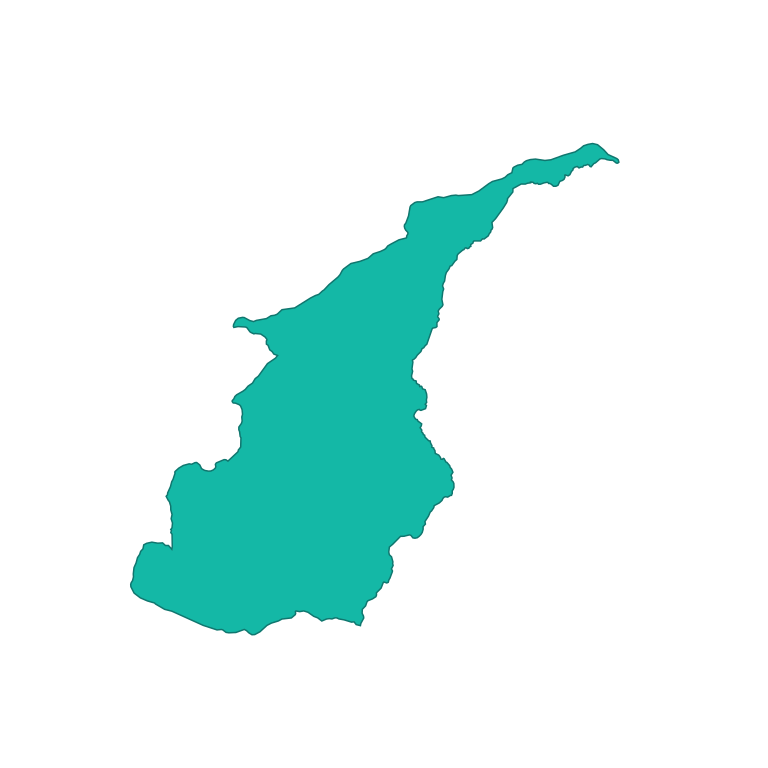 outline of La Salina, Casanare, Colombia, rotated 44°
{"feature_id": "7082276B42027668960316", "entity_name": "La Salina", "entity_type": "district", "adm_level": 2, "iso_a3": "COL", "parent_name": "Colombia", "parent_adm1": "Casanare", "projection": "natural_earth1", "projection_center": [-72.339, 6.211], "detail": "fine", "context": "isolated", "style": "filled", "palette": "teal", "viewbox_px": 768, "rotation_deg": 44, "n_neighbors": 0, "source": "geoboundaries", "source_scale": "gbopen_adm2", "svg_char_len": 6122}
<svg xmlns="http://www.w3.org/2000/svg" viewBox="0 0 768 768"><g transform="rotate(44 384 384)"><path d="M434.7,676.9L437.5,673.6L438.7,672.9L442.9,672.4L445.3,670.7L450.1,665.6L454.0,657.6L456.4,656.9L459.6,656.9L463.2,656.1L465.1,654.0L466.9,648.4L467.5,638.9L469.1,634.2L472.6,627.9L473.9,623.9L479.9,616.6L480.4,611.6L479.9,610.5L478.3,609.2L478.4,608.4L481.5,606.3L483.9,603.0L487.9,601.0L494.9,599.9L498.7,598.3L503.9,597.7L505.9,593.0L507.6,590.8L509.8,589.1L511.2,586.2L512.6,585.0L514.8,584.3L519.1,581.4L526.0,577.9L527.7,575.9L531.1,576.4L534.9,574.2L533.7,572.4L532.0,566.4L530.5,565.2L527.5,564.1L524.9,561.1L524.9,556.4L523.1,552.6L523.0,551.0L525.0,546.6L525.9,542.6L525.2,541.0L523.6,539.5L523.7,532.8L521.4,527.4L521.5,526.5L524.2,525.2L524.8,523.7L523.5,521.3L523.2,519.7L520.6,513.7L520.0,512.6L517.8,511.8L516.6,508.2L514.9,507.1L514.0,505.8L509.5,503.1L506.5,503.1L505.5,502.5L504.1,501.5L501.1,497.5L501.6,493.3L501.7,482.1L504.1,479.7L507.1,474.9L508.4,474.2L511.7,474.6L513.4,473.4L514.7,471.5L515.1,469.1L515.1,466.5L514.6,464.2L513.1,461.4L511.2,459.4L511.1,456.0L509.0,454.5L507.8,448.2L506.2,444.0L506.4,442.4L505.7,438.4L504.6,436.6L506.4,431.1L506.6,427.5L505.9,425.5L505.9,423.5L506.6,422.3L508.4,421.1L509.2,418.0L509.9,417.2L509.1,415.3L507.3,413.4L507.0,411.6L506.1,409.7L503.3,407.0L501.5,406.3L499.2,406.2L498.2,404.3L495.6,403.0L494.9,399.6L491.7,398.2L489.5,398.0L488.0,397.1L483.7,396.7L482.8,397.1L479.1,396.0L478.4,396.3L478.2,397.7L477.2,398.5L475.5,397.6L472.8,397.1L469.1,398.3L466.7,396.4L465.4,396.3L464.2,395.5L462.4,396.3L461.4,395.1L458.3,394.0L456.8,392.9L455.5,393.8L450.3,393.7L448.8,392.6L447.4,393.0L446.1,392.3L444.2,392.3L443.2,390.9L440.4,390.4L439.9,388.2L438.8,386.5L434.1,387.1L432.6,386.5L431.7,387.2L430.3,387.2L427.7,386.4L426.6,384.3L426.0,381.1L426.1,379.3L427.1,377.7L428.1,377.8L428.9,377.3L431.0,372.9L429.5,370.0L427.7,369.9L427.5,367.6L425.6,366.1L424.1,363.8L421.6,361.6L417.6,359.5L415.1,360.7L412.9,359.6L412.2,359.8L411.5,361.0L410.1,360.1L407.0,361.0L405.0,359.5L402.5,360.8L401.6,360.3L400.3,360.6L398.2,359.1L395.7,354.9L393.7,353.8L389.5,348.1L388.2,347.5L387.8,346.8L388.3,345.7L388.5,343.0L387.9,340.3L388.0,335.0L386.8,332.1L387.4,330.4L387.0,327.8L387.2,325.7L380.3,310.9L380.3,309.8L382.0,307.4L382.2,305.9L379.4,303.1L379.1,299.5L378.3,298.8L376.0,298.4L375.4,297.7L374.8,295.4L372.3,293.9L371.8,291.8L371.9,287.7L371.4,286.1L366.8,282.9L362.1,276.7L360.9,274.2L358.0,272.8L356.7,270.4L356.1,267.9L352.8,263.3L351.4,260.5L350.8,256.1L349.7,253.3L350.5,251.7L349.7,246.5L349.9,243.8L347.3,240.6L347.0,238.8L347.6,232.9L348.1,232.0L347.9,229.7L348.4,229.0L349.9,228.7L350.7,227.4L350.4,225.7L350.9,224.7L349.5,223.5L350.1,220.9L349.4,219.7L349.4,218.5L354.1,214.0L354.0,211.2L355.3,210.1L356.1,205.0L355.4,203.1L355.1,200.4L354.1,199.1L354.2,197.7L353.5,196.0L349.4,192.8L349.4,187.6L347.5,174.4L346.2,168.3L344.9,165.7L344.1,165.0L343.3,156.4L341.0,153.8L343.8,144.8L346.7,142.1L347.8,139.8L349.2,138.1L349.0,137.2L349.8,137.2L349.9,136.2L351.6,135.2L352.5,135.5L354.1,134.5L354.9,133.1L356.5,132.9L357.8,131.5L359.3,128.3L361.2,125.6L362.1,125.1L363.1,125.4L363.9,124.6L365.6,124.1L368.6,124.0L370.3,122.3L371.1,120.2L369.7,116.1L371.0,113.5L371.3,111.6L370.4,109.3L369.0,108.2L369.4,107.5L371.8,106.4L372.3,104.3L371.2,100.9L371.2,98.6L370.4,97.8L370.6,95.6L371.9,93.3L374.2,93.1L375.0,91.1L376.2,89.9L375.8,88.2L377.0,86.8L378.0,84.6L379.6,84.0L381.1,84.4L382.1,83.9L381.8,79.7L382.5,78.0L383.0,72.2L383.8,70.8L386.8,68.4L388.5,67.8L391.3,65.9L393.3,64.1L397.6,63.7L398.7,62.8L398.9,61.3L398.3,60.9L396.7,60.0L394.9,60.1L385.8,63.3L379.3,62.9L371.4,63.5L367.0,66.1L364.2,70.0L362.1,74.0L361.7,77.9L360.3,84.2L354.1,94.9L348.3,106.8L344.5,111.4L336.7,117.0L333.3,121.0L331.3,124.5L330.7,126.9L330.7,130.1L328.2,133.7L326.8,137.6L326.7,139.1L329.2,143.2L327.7,147.4L327.5,151.2L326.3,154.6L321.3,163.0L320.2,167.2L318.2,179.2L315.6,186.8L306.6,196.8L304.5,198.2L301.6,201.6L297.5,208.5L292.8,211.8L285.1,226.3L281.3,230.0L280.1,232.1L279.3,237.0L279.8,238.6L284.9,246.1L287.9,253.0L288.2,255.3L289.1,256.5L290.6,257.5L292.6,258.2L295.9,258.4L296.9,259.4L297.5,261.8L298.5,262.9L298.5,263.6L294.6,269.9L291.7,278.8L290.8,282.1L291.2,285.5L290.8,287.3L289.3,291.2L285.8,297.8L285.2,304.8L281.5,312.5L276.5,320.3L275.0,329.3L275.1,331.3L276.4,335.9L276.6,339.0L275.4,350.7L275.5,358.1L275.1,359.8L274.8,364.9L273.2,368.0L271.4,373.2L266.9,391.3L259.0,401.4L258.7,407.8L258.2,409.1L257.5,410.6L255.3,413.4L254.0,418.6L248.0,426.9L246.8,429.7L243.4,431.6L237.3,433.3L235.9,434.4L233.5,437.9L233.1,441.3L234.5,445.7L235.6,447.2L236.7,447.6L239.1,444.1L244.8,439.2L246.2,438.7L251.3,439.6L252.8,439.3L255.6,438.3L256.2,437.2L260.6,433.7L265.8,432.8L268.6,433.2L269.2,433.7L269.5,434.8L271.7,437.0L273.7,436.7L278.1,438.8L280.9,438.4L284.0,439.0L287.6,437.4L288.0,440.7L286.0,450.3L288.2,465.8L287.6,469.6L288.8,474.7L287.7,480.0L288.0,484.3L287.5,487.2L285.5,494.1L285.4,496.6L286.3,499.0L286.4,501.4L287.0,502.1L288.7,502.4L290.5,500.9L294.4,499.4L296.0,499.4L299.7,501.0L303.3,504.1L304.6,506.5L307.7,509.2L308.8,511.3L309.5,515.8L311.4,517.8L313.2,518.6L316.9,521.6L318.5,522.1L324.7,528.9L325.1,532.8L325.8,533.6L326.0,534.6L325.3,547.9L322.9,548.3L321.5,549.5L318.2,557.2L318.5,558.9L320.5,560.4L321.1,561.7L320.9,564.3L319.9,566.8L318.4,568.5L315.1,570.7L313.0,571.3L311.5,571.6L307.7,570.2L303.8,570.6L302.7,571.8L301.4,575.3L299.3,576.8L296.2,582.0L294.8,587.1L294.5,591.9L294.7,592.7L295.6,593.2L298.5,599.2L299.2,601.8L301.7,606.2L304.0,612.6L305.2,614.1L305.3,616.1L309.8,617.6L311.3,617.7L315.4,620.0L318.1,622.7L322.2,625.1L324.5,628.8L328.4,630.9L331.4,634.7L331.7,636.8L332.7,636.9L333.9,639.0L335.9,639.3L344.7,648.1L346.2,650.3L341.1,649.9L339.0,652.0L335.1,652.1L331.8,655.7L326.9,659.0L323.9,663.5L322.9,666.6L325.1,670.0L325.2,673.4L326.6,676.3L327.3,680.1L330.0,685.0L331.7,689.7L335.6,694.8L337.8,696.8L339.7,700.1L340.2,702.6L341.0,704.1L342.8,705.7L349.5,708.0L357.3,707.1L364.5,704.4L371.1,700.9L372.4,701.0L382.7,698.5L389.2,694.8L421.7,683.2L434.7,676.9Z" fill="#14b8a6" stroke="#0f766e" stroke-width="1.5"/></g></svg>